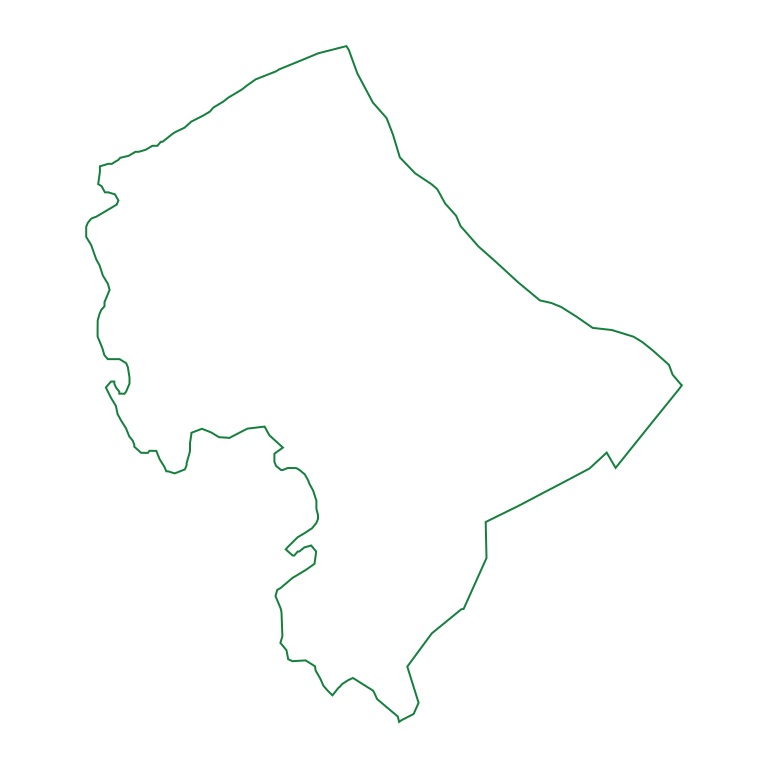 Sidfa, Asyut, Egypt
{"feature_id": "37247803B72914028370389", "entity_name": "Sidfa", "entity_type": "district", "adm_level": 2, "iso_a3": "EGY", "parent_name": "Egypt", "parent_adm1": "Asyut", "projection": "equal_earth", "projection_center": [31.35, 26.943], "detail": "fine", "context": "isolated", "style": "outline", "palette": "green", "viewbox_px": 768, "rotation_deg": 0, "n_neighbors": 0, "source": "geoboundaries", "source_scale": "gbopen_adm2", "svg_char_len": 3347}
<svg xmlns="http://www.w3.org/2000/svg" viewBox="0 0 768 768"><path d="M99.9,166.3L99.9,171.9L98.2,184.1L101.6,186.2L104.9,192.3L108.3,192.3L115.0,194.4L116.1,196.4L118.4,200.5L116.7,204.6L99.8,214.6L96.4,216.6L91.3,218.6L87.9,222.7L86.2,226.7L86.2,236.9L91.2,245.1L96.2,259.3L99.6,265.5L102.9,275.6L107.9,283.8L109.6,289.9L107.9,294.0L104.5,302.1L104.5,306.2L102.8,308.2L101.1,310.2L99.4,314.3L97.7,320.4L97.6,328.5L97.6,336.6L99.3,340.7L101.0,344.8L102.6,348.9L104.3,355.0L107.7,359.1L117.8,359.1L119.5,359.1L126.2,363.2L127.9,367.3L129.5,377.5L129.5,383.6L126.1,391.7L124.4,393.8L122.7,393.7L121.0,393.7L119.3,393.7L119.3,391.7L117.7,389.6L116.0,387.6L114.3,383.5L114.3,381.5L111.0,381.5L109.3,383.5L107.6,385.5L105.9,387.5L110.9,397.7L115.9,405.9L117.6,414.1L120.9,420.2L126.0,428.3L129.3,436.5L132.7,440.6L134.3,444.7L134.3,446.7L141.1,452.8L142.8,452.8L147.8,452.9L149.5,450.8L156.3,450.9L159.6,459.1L164.6,467.2L166.3,471.3L168.0,471.3L174.7,473.4L179.8,471.4L184.9,469.4L186.6,465.3L186.6,463.3L188.3,457.2L189.2,454.2L190.0,451.1L190.0,447.0L190.0,443.0L191.3,434.7L191.4,432.8L201.9,428.8L208.6,431.4L211.3,432.5L216.7,435.8L219.1,437.2L223.8,437.5L227.4,437.7L229.2,438.0L244.5,430.1L247.5,428.6L264.6,426.6L269.4,435.3L282.9,447.6L274.4,453.7L274.4,461.8L276.0,465.9L281.1,470.0L282.8,470.0L287.8,468.0L296.3,468.1L299.7,470.1L300.9,471.1L302.5,472.5L304.7,474.2L308.1,480.3L309.7,484.4L313.1,490.5L316.4,500.7L316.4,508.9L318.0,515.0L318.0,519.0L316.3,523.1L314.6,525.1L312.1,528.2L304.5,533.2L297.7,537.2L293.4,541.5L287.5,547.3L285.8,549.4L292.6,555.5L294.3,555.5L297.7,551.5L299.3,551.5L304.4,547.4L311.2,545.5L316.2,551.6L314.5,563.8L306.0,569.8L295.9,575.9L292.5,577.9L280.6,588.0L277.2,590.0L275.5,596.1L277.2,600.2L278.9,604.2L280.6,608.3L281.4,611.6L281.6,614.5L281.8,620.6L281.9,622.6L282.1,628.7L282.4,636.2L280.4,642.9L286.5,650.3L288.2,659.2L292.4,661.2L293.8,661.1L298.9,660.8L302.3,660.6L305.6,660.4L307.0,661.3L315.0,666.3L315.6,670.5L320.2,678.5L321.5,681.3L322.6,683.8L323.2,685.4L324.7,687.2L328.3,691.3L331.0,693.9L332.5,695.3L334.7,692.6L336.3,690.5L338.2,688.1L339.9,686.7L342.1,684.1L347.9,680.3L352.8,678.0L356.2,680.0L364.2,685.1L372.9,690.5L373.9,692.0L377.1,699.1L381.4,702.7L386.3,706.9L395.2,714.3L397.8,716.5L399.1,721.9L401.3,720.3L413.6,714.0L418.6,702.8L407.3,666.6L430.8,634.7L432.0,633.2L461.4,609.2L463.6,609.0L486.5,558.0L485.7,522.0L511.1,509.5L516.9,506.7L543.3,492.8L560.2,484.0L589.5,468.5L606.7,452.6L615.6,467.9L652.1,422.4L679.1,389.0L680.8,386.7L681.8,385.2L680.7,384.2L672.8,374.9L672.6,374.7L669.0,364.9L662.3,358.9L652.6,350.3L642.4,342.1L633.5,336.7L611.7,330.0L592.7,327.9L576.4,316.6L561.2,307.0L551.4,303.0L539.9,300.4L524.6,287.7L518.0,282.2L496.1,262.1L478.6,246.6L460.5,226.0L456.2,215.9L448.3,207.0L445.2,203.6L437.3,189.2L431.5,184.2L415.1,173.3L399.8,157.3L393.0,134.7L386.6,118.1L372.9,102.6L357.3,73.3L348.8,49.9L346.4,46.1L318.2,53.3L314.6,54.8L307.4,57.8L279.3,69.3L275.9,71.4L265.7,75.4L255.6,79.4L247.1,85.4L242.0,89.4L231.9,95.5L228.5,97.5L223.4,101.5L213.3,107.6L209.9,111.6L203.1,115.6L191.3,121.6L184.5,127.7L176.0,131.7L172.7,133.7L162.5,141.8L160.8,141.8L157.4,145.8L152.3,145.8L145.6,149.8L138.8,151.8L135.4,151.8L128.7,155.8L120.2,157.8L118.5,159.8L115.1,161.8L111.8,163.9L108.4,163.8L101.6,165.8L99.9,166.3Z" fill="none" stroke="#15803d" stroke-width="2"/></svg>